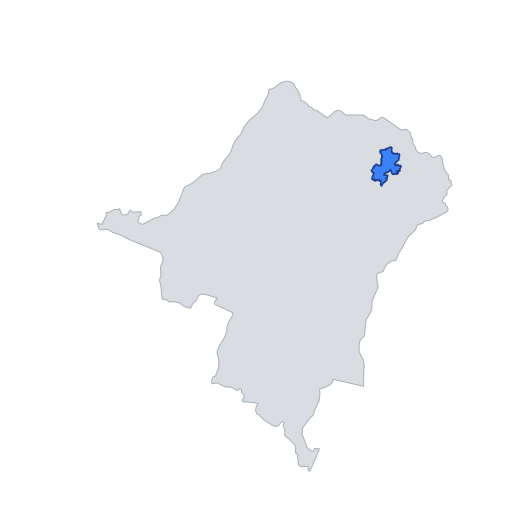 Poko, Orientale, Democratic Republic of the Congo (highlighted), rotated 23°
{"feature_id": "63176286B68044599971787", "entity_name": "Poko", "entity_type": "district", "adm_level": 2, "iso_a3": "COD", "parent_name": "Democratic Republic of the Congo", "parent_adm1": "Orientale", "projection": "robinson", "projection_center": [26.825, 2.983], "detail": "fine", "context": "in_parent", "style": "filled", "palette": "blue", "viewbox_px": 512, "rotation_deg": 23, "n_neighbors": 0, "source": "geoboundaries", "source_scale": "gbopen_adm2", "svg_char_len": 8744}
<svg xmlns="http://www.w3.org/2000/svg" viewBox="0 0 512 512"><g transform="rotate(23 256 256)"><path d="M405.9,333.9L375.1,339.4L375.7,341.4L375.4,343.5L374.6,345.1L371.5,349.4L366.8,353.4L366.8,354.3L369.1,358.8L370.6,364.9L370.2,375.6L370.8,378.4L370.7,380.7L369.2,383.2L366.0,396.1L368.1,402.3L374.2,408.1L377.7,412.4L383.7,414.0L384.7,413.7L385.1,410.2L389.8,408.8L389.8,431.7L389.5,433.0L388.6,433.3L387.4,432.6L387.1,430.4L385.8,429.4L380.0,432.3L378.5,432.2L376.9,431.7L375.7,430.5L375.3,428.8L371.2,422.1L369.2,421.6L366.9,415.6L357.7,411.2L354.2,410.9L352.4,409.5L350.5,404.8L347.5,401.7L346.8,398.4L346.2,397.9L344.3,398.6L342.7,403.9L340.6,405.2L336.8,405.3L327.4,403.8L320.6,401.0L318.8,401.2L316.1,398.7L315.0,394.6L315.6,391.4L315.1,391.0L304.8,393.6L302.3,395.2L300.0,394.8L299.3,394.0L300.3,391.8L299.8,389.4L299.0,388.3L296.0,387.4L295.0,384.9L293.2,384.5L292.5,384.9L292.1,386.6L291.0,387.2L284.8,386.4L278.4,388.6L269.8,388.0L265.8,390.7L265.2,390.6L264.3,389.2L263.5,384.9L263.9,383.7L265.2,382.9L265.6,381.1L265.2,376.6L265.5,375.5L265.0,372.9L263.7,368.8L261.9,365.5L258.0,360.4L257.3,358.0L257.6,352.3L258.8,343.4L258.6,336.7L257.0,332.4L256.7,327.7L257.7,319.3L256.7,317.3L237.1,316.6L236.3,316.0L235.9,314.8L236.8,309.8L224.9,311.1L221.3,312.1L219.1,314.1L218.4,316.6L218.4,320.3L216.6,323.7L216.1,329.6L212.8,330.3L209.5,330.3L203.1,329.0L197.0,330.7L193.9,332.3L192.3,331.5L186.8,332.1L186.1,331.7L179.7,320.1L176.8,316.2L176.3,314.3L176.5,312.5L175.7,310.1L172.7,304.1L172.1,301.4L172.3,297.0L171.9,295.6L169.2,291.8L167.5,290.6L165.5,289.9L133.6,290.4L123.0,289.7L115.3,290.2L111.4,289.9L110.3,289.4L106.8,290.1L105.0,291.7L102.2,292.5L100.5,292.2L97.2,287.9L101.7,287.1L102.0,286.7L102.2,276.4L101.0,274.9L103.4,273.2L107.3,268.6L111.1,267.0L111.6,266.0L112.4,266.1L113.8,268.0L117.1,270.5L121.1,268.3L121.6,267.7L122.1,263.2L123.1,262.9L124.8,263.8L125.8,263.8L127.6,262.6L132.8,260.3L134.3,263.2L132.9,265.7L133.5,267.5L133.7,270.4L134.5,271.0L138.6,271.3L139.8,270.6L147.9,260.5L150.0,259.3L153.4,255.2L158.0,253.4L159.9,250.2L162.5,244.5L163.7,236.3L163.2,222.1L163.6,220.2L169.0,213.8L174.7,202.2L178.4,199.2L181.3,198.0L185.7,193.7L189.2,189.4L188.7,184.3L189.5,180.1L191.4,174.6L192.1,168.9L191.4,162.9L191.7,157.9L194.3,150.1L194.6,141.0L196.9,133.4L201.6,123.8L203.8,116.6L203.4,109.6L204.0,104.3L203.8,101.3L202.9,98.6L203.4,96.9L205.1,96.3L207.3,93.6L211.3,86.6L215.6,83.2L218.5,82.2L221.6,82.3L223.6,82.9L226.9,85.6L230.6,87.8L233.4,90.5L236.1,94.7L242.8,95.7L245.6,97.2L247.3,97.8L248.0,97.4L249.3,97.6L252.5,98.9L254.9,98.2L267.2,100.9L268.6,99.6L272.0,92.3L274.6,89.8L278.8,89.6L282.1,90.9L283.8,91.0L298.9,84.7L300.8,84.4L306.3,85.9L309.8,84.9L311.3,85.2L314.3,84.1L316.9,79.7L318.9,78.7L340.6,83.4L343.9,81.1L345.4,80.8L350.3,82.5L351.7,85.2L354.6,87.5L356.7,91.3L359.9,93.4L361.5,95.5L363.4,96.9L367.3,97.4L372.3,93.9L375.9,94.3L379.4,96.1L380.6,96.1L383.3,94.1L384.7,91.9L386.1,91.5L388.2,92.4L389.9,94.4L391.4,97.3L396.8,103.8L402.0,106.6L403.3,110.6L405.2,110.2L406.2,110.6L407.5,113.1L408.5,113.6L408.7,114.7L407.4,117.0L406.1,121.6L407.8,124.4L406.4,128.5L405.7,132.7L407.4,133.7L409.6,133.7L411.6,135.8L413.2,136.2L414.8,138.5L414.5,140.4L409.3,147.3L401.6,155.7L399.0,156.7L397.6,158.2L396.7,160.7L394.4,162.8L392.6,163.6L392.5,169.6L389.9,175.9L388.9,177.2L387.5,187.4L387.7,189.2L386.3,197.5L386.5,205.3L382.8,207.7L380.2,211.6L379.1,214.2L379.1,220.6L374.8,224.4L374.5,225.3L375.6,229.8L377.1,230.5L377.2,232.0L380.6,236.8L380.4,251.5L380.6,253.0L382.4,256.5L383.6,263.2L382.3,271.6L387.0,287.2L384.8,292.9L385.8,298.4L388.6,304.1L395.2,309.7L397.0,312.1L398.7,315.2L400.2,320.1L405.9,333.9Z" fill="#d9dde1" stroke="#a8b0b8" stroke-width="1"/><path d="M329.4,109.9L329.1,110.1L329.3,110.5L329.4,110.8L329.3,111.1L329.4,111.4L329.3,111.6L329.8,112.1L330.1,112.0L330.5,112.3L330.4,112.6L330.6,112.7L331.0,112.7L331.4,113.0L331.6,113.3L332.0,113.5L332.1,113.8L332.3,114.2L332.4,114.3L332.8,114.3L333.0,114.4L333.3,114.6L333.2,114.7L333.2,114.9L332.9,115.3L333.0,115.5L333.3,115.5L333.3,115.8L333.5,115.9L333.5,116.1L333.5,116.3L333.6,116.5L333.4,117.0L333.1,117.8L333.4,118.0L333.7,118.4L334.0,118.5L334.5,118.8L334.6,119.0L334.5,119.3L334.5,119.5L334.4,119.6L334.5,119.6L334.4,119.9L334.4,120.0L334.5,120.1L334.4,120.3L334.5,120.6L334.6,120.8L334.9,121.0L335.0,121.4L334.9,121.5L335.1,122.0L335.2,122.4L335.5,122.3L335.8,122.4L336.1,122.7L336.1,122.9L335.9,123.1L335.1,123.1L335.2,123.9L335.0,124.1L334.2,124.6L334.0,125.1L333.8,125.1L333.4,124.7L332.8,124.7L332.0,124.3L331.5,124.5L331.3,124.4L331.1,124.5L330.9,124.8L330.2,125.1L330.2,125.4L330.2,125.9L330.2,126.1L330.2,126.3L330.3,126.9L330.3,127.4L330.3,127.5L330.2,127.5L329.9,127.5L329.7,127.7L329.2,127.6L329.2,128.2L329.3,128.5L329.4,129.0L329.3,129.7L329.3,130.7L329.1,131.5L328.9,131.7L328.9,132.4L330.0,133.2L330.4,133.4L331.4,133.8L332.0,133.6L332.3,135.3L332.3,135.5L332.2,135.7L332.1,136.2L332.1,136.6L332.3,136.8L332.4,137.0L332.1,137.3L332.3,138.7L332.3,139.0L332.6,139.5L332.8,140.0L333.0,140.1L333.5,140.2L333.9,140.0L334.1,139.7L334.8,139.1L335.1,140.3L335.3,140.4L336.6,140.3L336.9,140.0L336.9,139.5L336.8,139.2L337.2,139.0L337.3,139.2L337.3,139.4L337.6,139.3L338.8,138.0L339.3,137.6L339.6,137.6L339.8,137.9L339.8,138.3L340.0,138.5L340.2,138.8L340.3,138.9L340.5,138.8L340.6,138.4L341.2,138.5L341.3,138.2L341.6,138.1L341.8,138.5L341.9,138.8L342.0,138.9L342.0,139.1L342.3,139.5L342.4,139.8L342.5,140.4L342.5,140.5L342.6,140.8L342.5,141.1L342.6,141.3L342.7,141.5L342.9,141.5L343.1,141.8L343.3,142.1L343.5,142.1L343.7,142.3L344.0,142.2L344.1,142.4L344.3,142.4L344.3,142.1L344.1,141.9L344.2,141.6L344.3,141.1L344.4,140.8L344.5,140.1L344.4,139.7L344.5,139.0L344.7,138.7L345.0,138.7L345.1,138.3L345.3,138.2L345.6,137.8L345.6,137.5L345.6,137.4L345.6,137.1L345.8,137.0L346.3,135.9L346.5,135.8L346.7,135.1L346.7,134.6L346.3,134.2L346.1,133.9L346.0,133.6L345.8,133.6L346.1,133.4L346.3,133.5L346.3,132.9L346.0,132.1L346.0,131.0L345.9,130.6L345.8,130.4L345.7,130.5L345.4,130.5L345.2,130.6L344.5,130.7L344.1,130.6L344.0,130.8L343.8,131.1L343.4,131.2L343.2,131.1L342.6,131.1L342.2,131.3L341.9,131.1L341.9,130.9L342.0,130.5L342.0,130.2L342.4,129.6L342.4,129.4L342.4,129.2L342.9,129.0L342.8,128.6L342.8,128.4L343.0,128.2L343.3,128.0L343.6,128.0L343.5,127.8L343.5,127.6L344.3,127.6L345.2,126.7L345.4,126.2L345.6,125.6L345.7,125.3L345.6,125.1L345.7,124.3L345.9,124.1L346.1,124.3L346.3,124.3L346.4,124.6L346.5,124.5L346.6,124.8L346.8,124.8L347.3,125.1L347.6,125.3L348.3,126.4L348.6,126.6L349.0,127.0L349.8,127.4L350.1,127.1L350.6,126.9L350.9,126.8L351.2,126.9L351.5,126.5L351.7,126.4L351.9,126.4L352.0,126.3L352.0,126.1L351.9,126.0L351.9,125.9L352.2,125.8L352.2,125.4L352.5,125.2L353.0,125.6L353.5,125.8L353.7,125.7L353.6,125.0L353.7,124.9L353.9,125.0L354.3,124.9L354.5,124.7L354.6,124.4L354.6,124.0L354.2,123.7L353.3,123.5L352.7,123.2L352.8,122.9L352.6,122.6L353.0,122.5L354.8,122.1L355.0,121.3L355.3,121.0L355.3,120.9L355.1,120.8L354.6,121.0L354.3,120.9L354.5,120.4L354.3,119.7L354.3,119.4L354.6,118.9L354.5,117.7L354.6,117.1L354.5,116.7L354.3,116.7L353.9,116.5L353.7,116.6L353.4,116.4L353.3,116.7L353.2,116.8L352.9,116.9L352.6,116.8L352.4,117.0L352.2,116.7L351.7,116.9L351.7,117.1L351.4,117.0L351.4,116.7L351.2,116.6L351.2,116.8L351.2,117.0L350.8,117.1L350.6,117.0L350.6,117.4L350.6,117.6L350.4,117.6L350.3,117.2L349.9,117.4L349.9,117.5L350.1,117.6L349.9,117.7L349.7,117.6L349.5,117.9L349.4,118.0L349.2,118.0L349.0,117.8L348.8,117.9L348.7,118.1L348.3,117.1L348.1,117.0L347.8,117.1L347.6,117.1L347.6,116.8L347.8,116.3L348.1,116.1L348.3,115.3L348.3,114.8L348.2,114.6L348.4,114.3L348.5,113.9L348.8,113.7L348.9,113.3L349.2,112.8L349.8,112.0L349.7,111.5L349.7,110.6L349.3,110.3L349.1,110.2L348.9,110.0L349.1,109.2L349.1,108.9L349.2,108.6L349.0,107.6L348.5,106.6L348.1,106.3L347.8,106.2L347.6,106.6L347.2,106.8L346.9,106.8L346.4,106.5L346.1,106.2L345.9,106.3L345.6,107.1L345.5,107.3L345.4,107.3L345.3,107.1L345.2,106.9L344.4,107.2L344.3,107.4L344.1,107.4L344.0,107.6L343.8,107.7L343.6,107.6L343.2,107.7L342.7,107.5L342.7,108.0L342.4,108.3L341.9,108.3L341.6,108.1L341.2,108.1L340.9,107.9L340.8,107.4L340.7,107.3L340.4,107.2L340.4,106.9L340.3,106.6L339.8,106.5L339.5,105.6L339.4,105.4L339.3,104.8L339.1,104.6L339.0,104.3L339.1,104.0L339.1,103.7L338.5,103.2L338.1,103.2L337.7,103.0L336.9,103.3L336.3,104.2L336.2,104.3L335.9,104.7L335.5,105.0L335.3,105.0L335.1,105.2L335.0,105.5L334.7,105.8L334.6,106.2L334.3,106.1L334.2,106.2L334.2,106.4L334.3,106.2L334.1,106.8L334.1,106.7L333.9,106.8L334.1,107.0L333.6,107.5L333.6,107.8L333.4,107.8L333.2,107.6L332.6,107.8L331.8,108.5L331.7,108.7L331.3,108.8L330.7,109.3L330.6,109.6L330.5,109.8L330.2,109.9L329.8,109.8L329.7,109.6L329.4,109.9Z" fill="#3b82f6" stroke="#1e3a8a" stroke-width="1.5"/></g></svg>